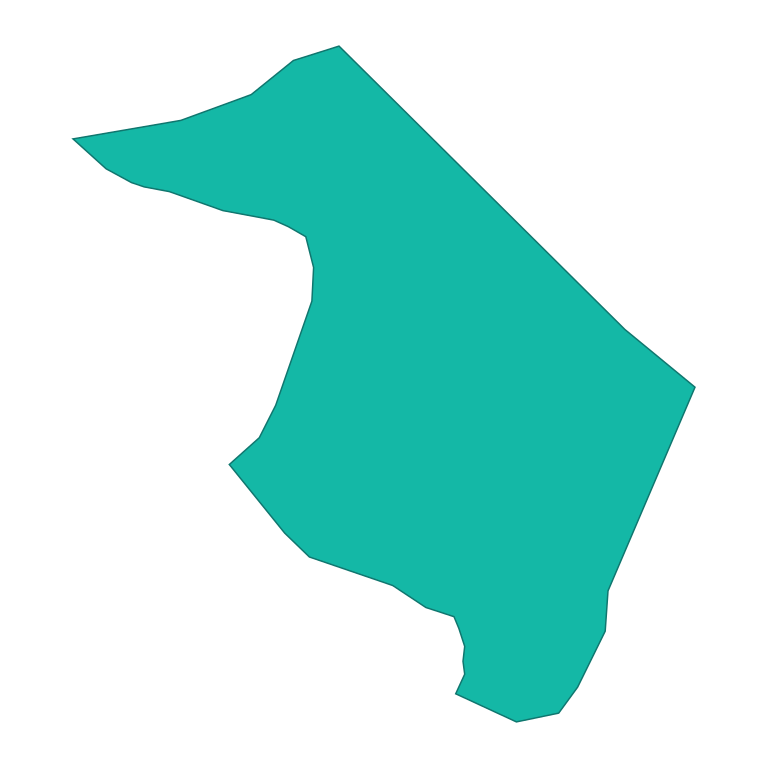 map outline of Ribnica (orthographic projection)
{"feature_id": "SVN-218", "entity_name": "Ribnica", "entity_type": "Municipality", "adm_level": 1, "iso_a3": "SVN", "parent_name": "Slovenia", "parent_adm1": "", "projection": "orthographic", "projection_center": [14.692, 45.729], "detail": "fine", "context": "isolated", "style": "filled", "palette": "teal", "viewbox_px": 768, "rotation_deg": 0, "n_neighbors": 0, "source": "natural_earth", "source_scale": "10m", "svg_char_len": 559}
<svg xmlns="http://www.w3.org/2000/svg" viewBox="0 0 768 768"><path d="M73.0,138.9L180.8,120.4L251.2,94.6L293.4,60.5L339.0,46.1L624.9,329.5L695.0,387.2L608.0,590.9L605.2,631.2L577.6,687.2L558.7,713.1L516.4,721.9L455.7,693.8L464.7,674.2L463.0,661.3L464.7,646.4L458.9,628.5L454.0,616.7L425.9,607.5L392.7,585.5L309.4,557.0L284.7,533.1L229.3,464.5L259.3,437.7L275.7,405.3L311.9,301.1L313.6,267.5L305.8,236.7L288.4,226.7L273.7,220.1L222.9,210.6L169.3,191.6L144.2,186.9L131.5,182.6L106.1,168.8L73.0,138.9Z" fill="#14b8a6" stroke="#0f766e" stroke-width="1.5"/></svg>